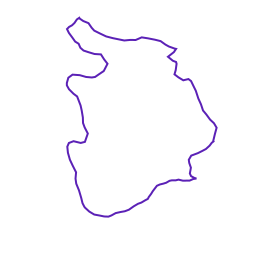 Jalilabad District, Cəlilabad, Azerbaijan, rotated 286°
{"feature_id": "54616110B78302808254353", "entity_name": "Jalilabad District", "entity_type": "district", "adm_level": 2, "iso_a3": "AZE", "parent_name": "Azerbaijan", "parent_adm1": "Cəlilabad", "projection": "equal_earth", "projection_center": [48.474, 39.245], "detail": "fine", "context": "isolated", "style": "outline", "palette": "violet", "viewbox_px": 256, "rotation_deg": 286, "n_neighbors": 0, "source": "geoboundaries", "source_scale": "gbopen_adm2", "svg_char_len": 1718}
<svg xmlns="http://www.w3.org/2000/svg" viewBox="0 0 256 256"><g transform="rotate(286 128 128)"><path d="M220.5,50.8L218.2,48.9L214.2,47.6L211.3,45.9L208.9,43.5L206.3,42.1L203.1,45.0L199.4,49.8L196.5,53.4L195.4,57.3L192.0,60.1L190.2,63.9L190.0,68.7L189.9,75.4L191.3,81.7L187.4,86.1L184.1,90.6L176.1,89.0L171.8,85.4L168.0,82.3L166.6,79.3L165.5,73.6L165.5,67.1L164.0,60.0L159.9,56.8L154.4,56.8L152.1,57.5L149.0,60.6L145.9,66.2L144.3,70.4L136.6,76.2L132.0,78.7L125.7,81.7L120.4,83.4L116.7,86.1L111.6,90.9L102.8,90.4L100.6,86.7L100.3,79.3L97.9,76.1L97.3,75.3L93.3,74.8L87.6,77.1L81.5,80.9L76.7,85.1L71.1,90.3L64.9,91.5L60.2,93.6L54.5,98.1L47.9,102.3L43.2,105.0L40.2,107.8L39.5,108.8L37.0,113.8L35.5,119.4L36.0,124.4L36.4,129.5L37.4,133.6L39.4,136.2L42.8,139.6L45.2,144.0L47.1,147.9L49.7,151.4L54.3,155.1L57.9,158.5L60.0,161.4L63.4,164.6L65.3,166.6L67.4,167.0L71.1,168.4L74.0,169.2L80.4,171.7L82.5,174.2L84.2,177.2L85.9,179.8L88.7,182.5L89.8,184.6L90.8,188.2L92.3,190.8L92.5,195.2L94.4,201.7L96.9,204.7L98.3,207.7L98.3,205.6L99.1,201.9L101.3,200.0L107.2,199.4L111.3,196.5L114.2,195.2L118.9,196.4L123.1,202.1L126.5,205.8L129.3,208.7L133.5,211.3L136.9,212.6L138.7,213.9L139.1,213.5L146.1,213.2L152.7,213.1L156.3,209.3L158.7,204.6L162.5,199.7L165.5,195.3L170.9,191.6L175.7,187.5L182.5,182.9L185.8,179.9L190.5,175.7L191.7,172.6L189.1,168.0L190.6,162.5L192.4,157.9L196.8,157.9L203.1,157.0L204.7,156.0L205.0,152.6L207.5,146.8L213.6,151.2L217.3,152.4L217.2,150.9L217.6,144.9L218.5,141.0L220.5,135.4L220.3,129.6L219.7,122.5L218.9,116.2L214.7,111.1L213.3,105.9L211.1,100.3L210.2,88.8L210.0,81.8L211.2,74.6L212.3,68.7L214.3,65.5L217.9,61.1L218.5,55.5L219.9,51.3L220.5,50.8Z" fill="none" stroke="#5b21b6" stroke-width="2"/></g></svg>